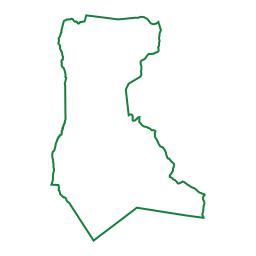 Canudos, Bahia, Brazil
{"feature_id": "56859067B47198937140500", "entity_name": "Canudos", "entity_type": "district", "adm_level": 2, "iso_a3": "BRA", "parent_name": "Brazil", "parent_adm1": "Bahia", "projection": "equal_earth", "projection_center": [-38.948, -10.003], "detail": "fine", "context": "isolated", "style": "outline", "palette": "green", "viewbox_px": 256, "rotation_deg": 0, "n_neighbors": 0, "source": "geoboundaries", "source_scale": "gbopen_adm2", "svg_char_len": 4971}
<svg xmlns="http://www.w3.org/2000/svg" viewBox="0 0 256 256"><path d="M158.4,22.0L157.2,22.9L156.6,23.3L155.9,23.7L155.0,23.9L153.9,24.1L153.0,24.1L152.2,23.9L151.4,23.6L150.5,23.1L149.9,22.3L149.1,21.2L148.4,20.3L147.4,19.0L146.6,18.5L145.6,18.2L144.8,17.5L144.1,17.2L143.5,17.1L142.4,17.0L141.5,16.9L140.7,16.9L139.8,17.1L139.1,17.4L138.4,17.6L137.7,17.9L136.8,17.8L136.0,17.7L118.4,19.4L111.0,18.5L108.9,18.2L86.3,15.4L84.8,20.6L84.5,21.4L83.5,21.7L82.5,21.6L81.6,22.2L81.0,22.0L80.2,22.0L79.4,23.0L78.7,23.6L77.9,23.4L77.4,22.9L77.1,22.0L76.5,21.5L75.8,21.7L75.2,21.7L74.5,21.5L73.7,20.8L73.1,19.5L72.4,18.9L71.4,18.7L70.4,19.4L69.0,19.3L67.8,19.6L66.8,19.4L66.0,20.1L64.9,20.5L63.8,21.1L61.3,30.9L61.5,32.2L60.9,33.3L60.4,34.7L60.1,35.9L59.7,36.7L59.2,37.6L58.6,38.4L58.9,39.4L59.0,40.5L58.7,42.1L58.3,43.3L58.9,44.1L59.6,44.9L60.1,46.2L59.9,48.0L60.2,49.1L60.6,49.7L61.0,50.5L61.2,51.5L61.9,52.1L62.2,53.4L62.2,54.4L62.5,55.7L63.0,56.7L62.9,58.2L62.8,59.6L62.0,59.8L61.6,60.7L61.3,61.8L61.9,62.8L61.8,63.9L61.6,64.9L62.1,66.4L62.7,67.5L63.6,67.9L64.0,68.9L64.3,69.7L64.7,70.7L65.0,72.1L65.2,73.0L65.4,74.0L65.6,75.2L65.4,76.4L65.4,77.2L66.2,77.7L66.1,78.7L65.6,80.0L65.4,81.4L65.1,82.5L64.7,83.4L65.0,84.7L65.2,85.8L65.4,114.1L65.6,116.3L65.4,117.2L65.5,118.1L65.6,119.2L65.2,120.3L64.7,121.7L64.8,123.2L64.2,123.9L63.7,124.4L63.7,125.5L63.0,126.8L63.0,128.1L62.3,128.4L62.6,129.5L62.2,130.4L61.7,131.0L61.7,132.5L61.7,133.7L61.5,134.6L60.4,134.8L59.7,135.7L59.5,136.6L58.7,136.6L58.2,137.3L58.2,138.4L57.3,139.3L57.2,140.7L56.8,141.5L56.2,142.5L55.7,143.9L55.7,145.2L55.3,146.4L55.0,147.7L54.7,148.9L54.5,150.0L53.9,150.9L52.9,151.7L52.5,152.6L52.3,153.7L52.3,155.0L52.3,156.4L52.4,157.6L52.7,158.8L53.1,160.1L53.1,161.2L53.1,162.2L53.5,163.3L53.5,164.8L53.5,166.5L53.5,167.6L53.8,168.5L54.1,169.7L54.0,170.8L53.6,171.8L53.4,173.1L53.2,174.1L53.0,175.5L53.0,177.1L52.9,178.6L52.8,179.4L52.8,180.5L52.3,181.9L52.0,183.1L51.7,183.8L51.4,184.6L58.5,185.1L59.0,187.5L58.8,188.5L58.7,190.3L59.5,190.9L59.8,192.4L60.1,194.1L61.3,195.1L62.2,196.1L62.8,196.6L63.6,197.4L64.5,197.3L65.5,197.8L66.1,199.0L66.4,199.9L66.8,200.7L67.4,201.6L68.2,202.2L69.1,202.7L69.6,203.3L70.1,204.3L85.7,228.4L93.6,240.6L99.2,236.3L111.2,227.2L131.4,211.9L136.8,207.7L151.4,210.0L161.4,211.6L187.0,215.6L189.3,215.9L203.5,217.8L203.2,216.3L202.5,215.4L202.3,214.2L202.6,213.3L202.9,212.5L203.2,211.2L203.4,209.4L203.5,207.8L203.5,206.4L204.2,204.6L204.4,203.7L204.4,202.5L204.0,201.2L203.2,199.7L203.0,198.4L203.1,197.3L203.5,196.1L204.4,195.5L204.6,194.6L203.9,194.1L202.6,193.8L201.4,193.2L200.3,192.9L199.3,192.4L197.9,191.4L196.9,190.3L196.1,189.5L195.3,189.0L194.6,188.5L193.7,188.0L192.9,187.8L192.0,187.3L190.7,186.7L190.0,186.2L189.1,185.5L188.1,185.0L187.2,184.4L186.7,183.9L185.9,183.4L185.2,182.9L184.4,182.2L183.8,181.8L183.1,181.8L182.5,181.6L181.7,182.1L181.0,182.6L180.4,182.8L179.7,183.1L178.6,183.6L177.6,183.2L177.1,182.3L176.6,181.7L176.0,181.1L175.4,180.4L174.5,180.0L173.7,179.6L173.1,179.3L172.5,178.3L171.4,177.6L170.6,177.3L169.8,177.0L169.7,175.8L170.2,174.8L170.7,174.3L171.4,173.4L172.0,172.3L172.7,171.4L172.8,170.6L173.0,169.6L173.0,168.4L173.5,167.5L173.9,166.4L174.2,165.3L174.0,164.0L173.4,163.2L172.7,162.7L172.0,162.1L171.5,161.5L170.7,160.9L170.0,159.7L169.3,158.7L168.4,158.7L167.8,158.3L167.3,157.5L167.0,156.5L166.6,155.6L166.2,154.5L166.0,153.2L165.6,151.9L165.0,150.5L164.4,149.4L163.9,148.8L163.4,148.2L162.7,147.2L161.7,147.0L160.7,146.6L160.1,146.1L159.6,145.4L159.1,144.6L158.5,143.6L158.1,142.5L157.5,141.3L157.1,140.5L156.6,139.6L156.0,138.4L155.3,137.5L155.0,136.4L155.0,135.2L154.8,134.1L154.7,132.9L155.2,132.1L155.4,131.2L154.7,130.7L154.0,130.3L153.3,130.2L152.5,130.2L151.8,130.3L151.2,129.8L150.5,129.0L149.7,128.5L148.7,128.0L147.7,127.8L146.9,127.1L145.8,126.8L144.8,126.7L143.9,126.4L143.0,126.0L142.3,125.3L141.6,124.7L140.8,123.5L140.0,122.8L139.2,121.8L139.3,120.8L139.5,119.5L139.2,118.1L139.4,117.1L138.6,117.3L137.5,117.8L136.9,118.9L136.2,119.5L135.6,119.7L135.1,120.4L134.1,120.7L133.1,120.7L132.6,120.1L132.6,118.8L132.8,117.6L132.7,116.7L132.5,115.8L132.2,115.0L131.4,114.5L130.2,114.4L129.3,114.8L128.7,115.2L125.8,89.7L128.6,83.7L138.4,77.9L139.6,77.2L140.8,76.0L141.2,75.2L141.4,74.2L141.1,72.3L141.1,71.0L141.3,70.1L141.3,68.7L141.4,67.6L141.5,66.7L141.3,65.7L141.0,64.9L140.7,64.1L140.7,63.1L140.6,61.7L141.2,60.8L141.9,60.4L142.9,59.8L143.7,59.5L144.7,59.0L145.3,58.3L145.9,57.3L146.6,56.2L147.5,55.3L148.0,54.6L148.7,54.0L149.4,53.8L150.2,54.0L151.3,54.1L152.2,53.8L152.9,53.7L153.6,53.8L154.4,53.3L155.3,52.6L156.3,52.5L156.9,52.2L157.8,51.8L158.4,51.2L158.6,50.3L158.5,48.8L158.1,47.5L158.5,46.7L159.0,45.9L159.1,44.9L159.1,44.0L159.0,43.0L159.3,42.0L159.6,41.0L159.4,40.1L159.2,39.2L159.0,38.0L159.3,36.8L159.5,35.2L159.6,33.7L159.8,32.8L160.2,31.9L160.6,30.9L160.9,30.0L160.5,28.9L160.1,28.1L160.0,27.1L159.6,26.0L159.3,24.8L158.9,23.8L158.5,23.0L158.4,22.0Z" fill="none" stroke="#15803d" stroke-width="2"/></svg>